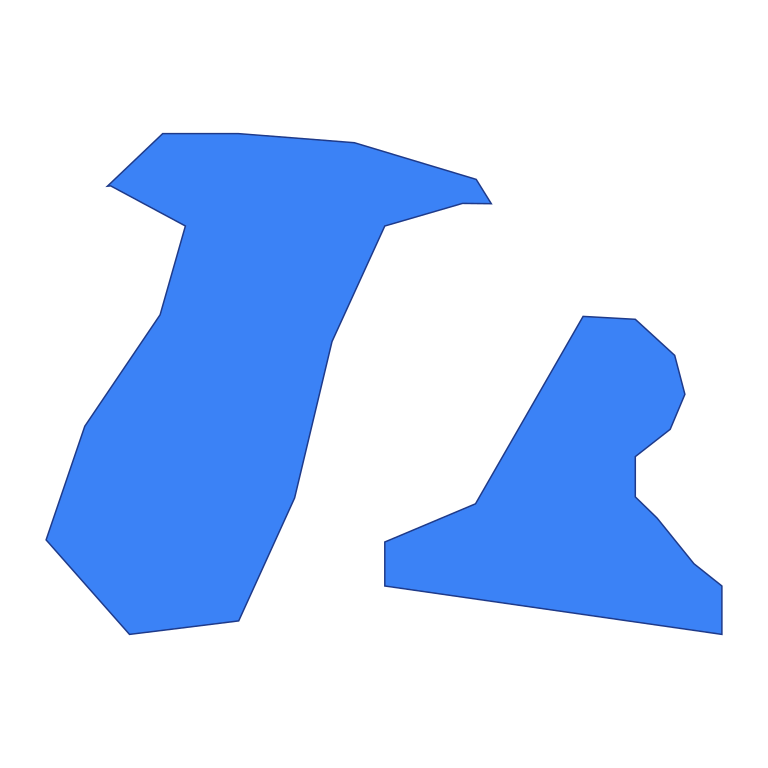 outline of Portsmouth
{"feature_id": "GBR-2759", "entity_name": "Portsmouth", "entity_type": "Unitary Authority", "adm_level": 1, "iso_a3": "GBR", "parent_name": "United Kingdom", "parent_adm1": "", "projection": "mercator", "projection_center": [-1.012, 50.819], "detail": "fine", "context": "isolated", "style": "filled", "palette": "blue", "viewbox_px": 768, "rotation_deg": 0, "n_neighbors": 0, "source": "natural_earth", "source_scale": "10m", "svg_char_len": 527}
<svg xmlns="http://www.w3.org/2000/svg" viewBox="0 0 768 768"><path d="M491.3,203.7L462.5,203.4L384.8,226.0L332.0,341.6L294.6,498.0L238.7,620.9L129.5,634.4L46.1,539.9L84.8,426.2L160.1,314.8L185.4,226.0L110.7,185.9L107.4,186.2L162.7,133.6L238.2,133.6L354.3,142.7L476.2,179.4L491.3,203.7ZM635.3,456.6L635.3,496.9L657.1,518.1L693.9,563.7L721.9,586.0L721.9,634.4L384.8,586.0L384.8,542.0L475.5,503.8L583.1,316.4L635.3,319.3L674.7,355.4L684.9,394.3L670.2,429.3L635.3,456.6Z" fill="#3b82f6" stroke="#1e3a8a" stroke-width="1.5"/></svg>